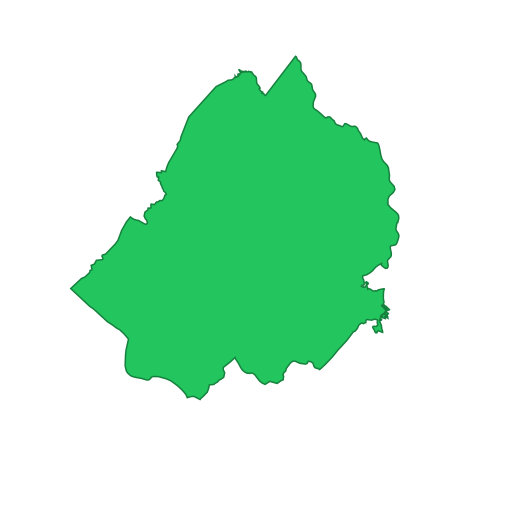 the district of Remolino, Magdalena, Colombia, rotated 313°
{"feature_id": "7082276B2618998543770", "entity_name": "Remolino", "entity_type": "district", "adm_level": 2, "iso_a3": "COL", "parent_name": "Colombia", "parent_adm1": "Magdalena", "projection": "natural_earth1", "projection_center": [-74.562, 10.638], "detail": "fine", "context": "isolated", "style": "filled", "palette": "green", "viewbox_px": 512, "rotation_deg": 313, "n_neighbors": 0, "source": "geoboundaries", "source_scale": "gbopen_adm2", "svg_char_len": 6144}
<svg xmlns="http://www.w3.org/2000/svg" viewBox="0 0 512 512"><g transform="rotate(313 256 256)"><path d="M83.6,239.4L82.9,241.9L82.9,245.6L83.4,247.3L84.7,250.0L88.4,255.8L90.7,260.5L91.6,261.5L92.9,262.3L96.4,262.3L97.5,262.8L101.1,266.7L105.0,274.1L106.7,279.1L107.6,287.1L107.6,293.0L107.2,297.3L106.8,299.4L105.5,302.4L108.7,304.2L111.0,306.4L112.9,313.0L114.5,312.8L117.1,313.1L123.2,313.2L127.0,311.6L130.0,309.8L132.7,312.3L133.8,312.9L135.0,312.9L137.6,313.8L140.3,313.7L142.2,314.5L145.3,315.1L149.2,312.8L150.6,309.4L152.3,308.1L160.8,309.4L167.5,309.9L166.7,311.4L165.7,315.9L163.8,321.4L163.3,323.9L163.4,326.5L164.1,329.3L166.5,332.1L167.4,332.4L168.1,333.7L168.3,336.4L167.0,343.9L167.3,347.3L168.3,350.2L173.7,351.6L177.2,358.4L181.7,359.3L184.1,360.3L185.3,359.1L186.6,358.6L187.5,356.9L189.4,355.9L192.0,356.2L194.6,354.8L200.4,354.2L202.3,354.2L204.3,354.8L205.7,356.2L207.4,361.2L210.6,365.8L212.2,366.7L214.5,366.0L215.7,367.4L216.3,369.3L216.4,371.0L215.0,373.2L214.5,375.2L215.3,377.2L216.3,378.5L216.1,379.8L217.0,380.1L224.1,380.6L234.0,380.7L243.0,380.1L256.4,380.0L267.2,378.9L268.3,379.7L270.4,379.7L272.6,379.4L275.4,378.3L278.9,378.8L279.9,380.8L281.3,381.1L282.1,381.8L283.7,380.4L284.9,380.2L288.1,384.5L290.6,385.7L292.0,388.0L291.7,388.8L289.8,390.2L288.8,392.0L286.5,392.0L285.0,390.1L284.1,389.6L283.5,390.0L283.0,391.0L282.4,393.5L281.7,394.5L281.5,395.7L281.7,396.3L282.5,396.8L283.4,396.2L284.6,396.3L286.5,400.7L287.3,399.9L288.4,397.8L290.7,395.1L292.6,391.0L293.5,390.9L294.5,391.4L295.7,391.2L293.2,390.7L293.2,390.2L294.0,389.6L294.9,390.2L295.6,389.8L296.7,388.2L297.2,388.2L296.3,389.2L298.9,388.0L300.1,388.4L299.9,388.8L298.0,389.0L297.1,390.4L298.5,393.4L298.9,393.1L299.4,391.6L300.3,392.5L301.1,392.1L300.3,393.2L300.5,394.8L301.5,393.6L300.9,388.9L304.1,388.4L304.0,389.0L302.3,389.2L301.8,390.8L302.2,391.6L302.2,392.4L304.3,391.9L303.6,389.5L304.6,389.1L305.2,389.2L305.3,388.8L305.8,389.0L305.8,388.2L307.1,387.0L305.9,387.8L305.6,388.6L304.9,387.9L305.1,387.2L304.9,384.8L305.1,385.5L306.3,386.6L307.1,385.6L306.4,386.1L305.6,385.6L305.6,382.6L305.2,382.7L305.6,381.6L306.2,381.7L306.5,384.5L307.4,385.6L307.3,387.6L307.0,388.0L307.0,390.1L307.8,390.1L307.8,389.7L307.3,389.7L307.3,389.3L307.6,389.5L307.8,388.0L307.9,385.5L307.4,383.8L307.8,382.0L308.3,381.5L309.4,381.3L311.7,378.2L314.4,375.7L317.5,373.2L319.3,372.4L319.4,372.0L318.7,371.4L315.1,368.8L313.5,368.2L312.8,368.3L312.1,367.1L310.5,365.9L310.0,364.8L309.9,362.8L309.5,361.7L308.9,360.7L307.9,360.3L308.9,359.3L309.4,357.8L311.4,356.3L311.7,356.4L311.7,357.0L312.5,356.9L312.8,355.7L312.3,355.5L312.4,354.3L311.5,354.2L310.7,355.9L309.6,356.8L307.6,357.0L306.7,356.2L307.2,355.2L306.5,355.8L306.3,355.6L305.8,354.6L305.8,353.6L306.9,353.6L308.4,354.7L309.1,354.4L309.0,354.2L310.3,353.3L312.0,350.9L312.8,348.7L314.3,347.6L317.8,349.8L321.8,350.9L324.8,351.3L329.1,351.1L332.4,351.6L336.1,352.9L334.8,353.9L334.8,356.1L335.2,359.1L336.7,360.3L338.0,360.0L339.5,358.8L341.8,355.8L342.7,355.1L347.4,355.1L348.7,354.5L350.4,353.0L353.4,348.7L354.7,347.7L355.4,347.7L358.9,350.2L360.1,350.5L362.6,349.8L366.9,347.7L368.6,346.4L369.6,344.3L370.2,341.7L370.9,340.1L374.9,337.4L376.6,336.5L377.1,336.9L379.4,335.6L381.0,334.7L382.7,332.8L383.3,331.3L383.5,328.9L383.1,321.3L383.6,318.2L383.3,317.7L383.6,317.2L384.6,316.6L384.7,316.1L385.1,316.1L387.3,313.9L389.7,312.9L391.1,312.6L396.1,313.1L399.3,312.3L401.2,309.4L401.7,303.4L402.5,301.7L404.4,299.8L405.7,299.0L410.8,292.7L411.7,290.4L412.1,284.7L412.9,281.8L414.7,278.8L419.9,271.7L421.3,269.1L421.5,267.8L418.3,262.7L417.3,260.5L417.2,258.3L417.6,256.3L415.9,255.8L414.9,256.1L414.7,254.9L415.0,253.1L416.8,249.1L417.5,245.4L418.5,243.4L418.7,242.1L418.6,240.5L418.2,239.6L416.0,237.8L415.3,236.0L414.2,231.5L413.2,230.7L410.4,231.2L409.3,230.9L408.3,227.9L407.1,225.6L407.0,223.7L408.2,220.8L407.9,218.5L408.2,215.8L407.4,214.2L406.1,213.3L405.1,213.3L404.3,212.2L404.1,202.8L403.4,197.9L403.8,196.7L404.7,195.4L407.7,193.0L413.6,190.6L415.1,188.9L416.1,184.3L419.5,179.6L419.6,178.0L419.1,175.1L419.4,173.6L421.5,170.1L422.3,163.0L423.2,161.5L426.4,158.6L427.8,156.8L428.1,154.9L427.8,152.4L429.1,149.8L429.1,149.1L429.0,148.7L379.9,153.5L379.6,152.2L380.0,151.0L379.5,150.1L379.6,149.4L379.2,149.2L379.5,148.9L380.0,149.0L380.2,149.5L380.4,149.2L379.9,147.5L380.2,144.8L380.5,144.3L381.4,144.6L381.8,144.1L382.5,141.2L382.5,139.5L384.0,137.4L386.5,134.8L387.0,133.4L386.8,130.6L387.6,127.3L387.0,127.0L387.1,126.4L386.2,125.4L386.2,124.8L385.8,124.5L385.9,124.0L385.5,124.7L385.1,124.5L384.5,124.0L384.3,122.4L383.4,122.0L383.2,122.3L383.0,121.7L382.2,121.3L382.2,120.8L381.6,121.0L381.5,120.2L380.9,120.3L381.2,118.8L380.6,116.0L379.5,120.0L378.5,119.8L377.6,120.4L377.2,119.2L376.7,120.0L375.7,120.3L375.7,119.9L375.3,120.5L374.9,119.9L373.9,119.8L373.7,119.4L373.2,119.7L372.8,119.4L372.9,119.0L373.2,118.9L373.4,118.0L372.4,119.0L371.0,118.5L369.5,118.6L367.7,117.7L365.5,115.7L362.7,115.0L352.7,111.3L311.8,112.0L292.2,119.8L288.7,121.8L283.8,122.2L283.2,123.6L281.1,124.8L264.9,128.4L260.8,129.9L256.1,132.3L253.8,128.7L252.4,130.0L249.8,126.5L249.3,126.3L247.2,128.5L246.5,129.7L246.7,130.7L247.3,130.9L246.5,131.8L244.8,132.7L244.9,136.0L243.9,136.6L242.7,139.8L241.7,141.4L241.5,142.6L240.5,144.4L240.6,146.0L240.0,148.3L238.8,148.2L238.4,147.9L235.3,149.3L232.6,149.6L230.9,147.8L228.6,147.4L227.7,146.4L224.4,146.7L222.5,143.9L221.9,144.1L219.6,146.3L218.4,145.8L218.3,145.2L217.4,144.4L216.0,145.4L212.3,144.9L208.9,146.9L207.7,149.8L207.8,150.8L207.0,152.8L205.8,154.2L204.2,154.0L203.4,152.4L201.9,145.9L200.4,143.6L199.3,140.7L198.9,137.5L192.6,138.0L183.1,140.3L173.2,144.4L168.6,144.9L155.7,144.7L154.6,144.6L152.1,143.1L151.5,143.1L150.8,143.5L149.9,145.6L149.1,146.2L148.4,146.0L144.0,142.2L139.8,143.3L136.7,141.8L136.2,143.0L135.5,143.3L134.8,144.7L134.0,145.4L132.2,144.4L131.2,145.3L130.1,145.6L123.9,145.2L120.6,143.7L105.8,142.7L105.8,169.3L106.3,171.7L106.5,174.7L106.6,192.1L107.8,198.9L108.1,202.6L109.1,206.7L109.1,212.4L108.3,219.4L98.6,225.1L94.5,228.2L86.5,235.1L83.6,239.4Z" fill="#22c55e" stroke="#15803d" stroke-width="1.5"/></g></svg>